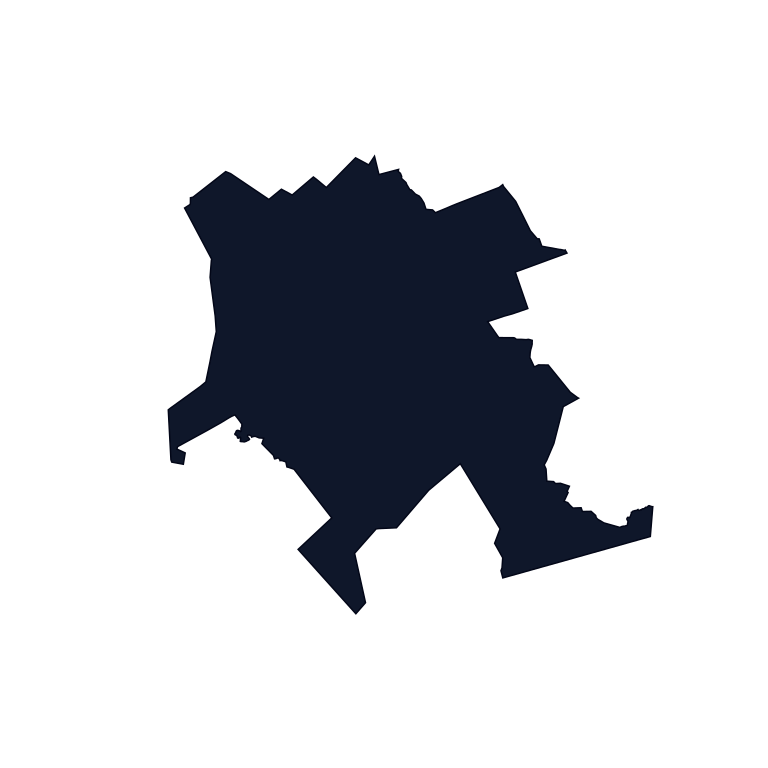 outline of Suaqui Grande, Sonora, Mexico, rotated 61°
{"feature_id": "50627088B38493213969100", "entity_name": "Suaqui Grande", "entity_type": "district", "adm_level": 2, "iso_a3": "MEX", "parent_name": "Mexico", "parent_adm1": "Sonora", "projection": "orthographic", "projection_center": [-109.833, 28.382], "detail": "fine", "context": "isolated", "style": "filled", "palette": "ink", "viewbox_px": 768, "rotation_deg": 61, "n_neighbors": 0, "source": "geoboundaries", "source_scale": "gbopen_adm2", "svg_char_len": 5426}
<svg xmlns="http://www.w3.org/2000/svg" viewBox="0 0 768 768"><g transform="rotate(61 384 384)"><path d="M646.5,225.0L621.6,208.4L621.2,209.1L619.2,210.9L618.9,211.2L618.8,211.9L619.3,213.3L619.1,214.3L618.7,214.7L619.1,217.1L618.6,218.1L618.5,219.2L618.8,220.0L618.4,220.6L618.4,221.9L618.1,222.5L617.5,222.7L616.9,222.7L617.0,224.2L616.6,225.4L616.4,225.8L616.2,227.0L615.9,227.9L616.1,228.8L616.4,229.1L616.2,229.9L616.9,230.2L619.0,232.5L619.9,233.8L618.8,235.4L618.8,235.6L619.0,235.8L619.1,236.0L619.2,236.3L619.3,236.4L619.3,236.5L619.5,236.6L619.6,236.8L619.7,237.0L619.8,237.1L622.9,237.3L623.1,237.5L623.3,237.7L623.3,237.8L623.5,238.0L623.9,238.4L624.1,238.6L624.3,238.7L625.3,239.4L625.4,239.5L625.5,239.7L625.5,239.8L625.6,240.1L625.4,240.5L625.3,240.9L625.2,241.1L625.2,241.3L625.2,241.5L625.2,241.8L625.2,242.0L625.1,242.3L624.9,242.5L624.8,242.9L624.6,243.1L624.5,243.3L624.5,243.5L624.4,243.6L624.3,243.8L624.3,244.1L624.1,244.5L624.0,245.0L623.9,245.2L623.9,245.4L623.9,245.6L623.8,246.0L623.9,246.4L623.9,246.6L624.0,246.7L624.0,246.8L624.0,247.0L612.1,259.0L605.8,262.7L603.8,263.2L601.6,262.6L595.8,264.6L591.7,272.3L587.8,271.6L584.1,278.9L580.2,280.1L576.8,280.8L573.9,283.4L568.2,275.6L566.7,275.9L563.3,271.4L556.4,277.8L554.2,282.3L551.6,283.0L547.9,288.7L536.9,283.5L532.4,283.1L529.6,278.7L518.4,264.3L500.7,247.6L490.7,238.2L490.7,220.7L489.6,221.4L481.5,225.1L447.0,231.2L442.2,239.6L442.1,240.9L442.1,242.7L441.7,244.3L431.5,243.6L430.2,242.7L428.6,241.7L427.6,241.0L426.7,240.3L426.0,239.8L425.5,239.3L425.1,239.0L424.3,238.2L423.6,237.5L423.2,237.1L422.5,236.4L421.3,235.4L421.0,235.1L420.5,234.8L420.2,234.7L419.8,234.5L418.7,233.8L417.7,233.2L417.0,233.9L416.7,234.2L416.4,234.5L416.2,234.7L416.0,234.9L415.7,235.2L415.3,235.7L415.1,235.9L414.9,236.1L414.5,237.2L414.1,238.2L411.5,242.3L409.2,246.4L408.9,246.6L408.6,246.8L408.0,247.0L407.8,247.1L407.5,247.2L407.2,247.4L406.9,247.6L406.7,247.8L406.5,248.0L406.3,248.3L399.1,261.1L395.6,261.5L379.7,263.1L382.8,246.4L384.9,237.6L387.7,221.6L349.7,214.9L358.2,160.5L355.0,160.6L354.6,160.6L354.7,161.2L352.1,164.2L351.3,165.4L340.0,179.2L332.3,177.9L331.7,178.9L331.4,179.4L331.3,179.6L320.9,181.7L305.7,181.0L288.1,180.3L269.2,183.7L267.2,183.5L267.9,188.0L261.7,233.0L261.1,238.0L260.4,244.9L259.1,256.0L255.3,257.1L251.6,262.6L245.0,261.3L242.6,261.4L239.8,261.5L236.7,262.1L233.1,264.5L227.5,266.0L226.5,267.2L220.6,267.4L218.5,267.1L212.6,269.0L211.0,267.9L207.7,267.5L205.5,268.3L204.9,268.5L203.4,267.2L198.4,286.9L180.2,281.9L185.0,291.1L172.4,299.2L184.2,339.2L172.1,343.9L168.7,345.4L174.2,372.7L163.9,379.3L166.8,395.2L125.6,416.2L121.5,419.5L128.0,460.4L127.3,463.0L131.9,465.6L133.0,466.6L133.4,473.1L191.2,474.2L192.1,475.0L206.4,484.4L242.2,498.5L242.5,498.6L256.9,505.3L271.9,518.5L280.1,525.3L295.8,538.8L297.2,546.4L301.5,582.0L302.0,585.2L347.0,607.1L349.4,607.5L356.9,598.4L347.9,591.3L340.5,596.7L338.7,594.9L338.9,561.6L338.8,545.5L338.4,536.1L338.4,532.8L338.6,530.9L338.7,529.4L342.6,528.7L344.0,528.5L350.3,527.7L350.8,528.1L351.0,528.3L351.3,528.4L351.5,528.4L351.7,528.6L352.0,528.7L352.3,529.0L352.5,529.2L352.7,529.5L353.0,530.0L353.2,530.3L353.4,530.5L353.6,530.6L353.9,530.8L354.1,530.9L354.8,531.3L355.4,531.7L355.6,531.8L355.8,532.0L356.0,532.2L356.1,532.3L356.1,532.6L355.9,532.7L355.7,532.7L355.4,532.8L355.2,533.0L354.8,533.2L354.6,533.4L354.3,533.6L354.1,533.9L353.9,534.1L353.7,534.3L353.5,534.7L353.4,535.0L353.4,535.3L353.4,535.6L353.5,535.9L353.6,536.1L354.0,536.6L354.6,537.3L354.9,537.8L355.1,538.2L355.2,538.5L355.4,538.7L355.6,538.8L355.9,538.8L356.1,538.8L356.4,538.6L356.7,538.4L357.2,538.1L357.4,538.0L357.7,537.9L357.9,537.9L358.2,537.8L358.5,537.8L358.9,537.8L359.1,537.8L359.3,537.8L359.5,537.8L359.6,538.0L359.9,538.2L360.0,538.2L360.4,538.1L360.5,538.0L360.6,537.8L360.7,537.7L360.8,537.6L360.9,537.3L360.8,537.1L360.7,536.8L360.7,536.5L360.7,536.3L360.7,535.7L360.8,535.6L361.0,535.4L361.3,535.4L361.5,535.4L361.7,535.5L362.0,535.6L362.1,535.9L362.3,536.0L362.5,536.3L362.8,536.4L363.1,536.5L363.4,536.6L363.5,536.6L363.7,536.8L363.9,537.1L364.0,537.2L364.2,537.4L364.3,537.5L364.5,537.5L364.6,537.4L364.8,537.3L364.9,537.1L365.0,537.0L365.1,536.8L365.2,536.6L365.3,536.4L365.5,536.3L365.6,536.0L365.9,535.6L366.1,535.3L366.3,535.1L366.5,534.8L366.7,534.5L366.8,534.4L366.9,534.2L367.0,534.0L367.0,533.8L367.1,533.5L367.1,533.2L367.3,532.4L367.3,532.0L367.3,531.6L367.3,531.1L367.3,530.7L367.4,530.4L367.4,530.2L367.4,529.7L367.4,529.4L367.4,529.2L367.3,528.7L367.2,528.6L367.1,528.4L366.8,528.4L366.6,528.4L366.4,528.4L366.2,528.4L366.0,528.5L365.7,528.5L365.4,528.6L364.7,528.7L364.3,528.7L364.1,528.7L363.9,528.7L363.6,528.7L363.3,528.5L363.2,528.5L363.1,528.4L362.9,528.2L362.8,527.9L362.9,527.7L363.0,527.3L363.0,527.2L363.1,526.9L363.2,526.6L363.2,526.4L364.2,526.1L364.8,525.4L365.3,525.3L366.3,525.5L366.4,524.8L366.7,523.4L367.0,522.7L367.4,521.9L370.6,519.3L373.1,515.5L377.0,519.7L392.8,515.3L396.4,516.0L396.7,515.4L397.0,514.1L397.1,513.0L397.6,512.1L398.8,511.9L400.0,511.8L400.6,512.1L401.3,510.7L402.2,509.7L404.5,507.6L409.5,509.1L410.6,507.9L414.9,504.0L475.8,494.6L487.0,539.3L571.3,520.0L566.3,506.2L517.8,491.8L506.9,461.1L508.0,458.5L515.8,442.8L498.6,396.4L490.7,355.9L517.5,354.8L567.0,352.7L577.0,364.5L593.5,364.4L602.0,369.9L604.0,372.2L611.2,374.1L630.6,292.2L640.8,249.0L643.4,238.0L646.5,225.0Z" fill="#0f172a" stroke="#020617" stroke-width="1.5"/></g></svg>